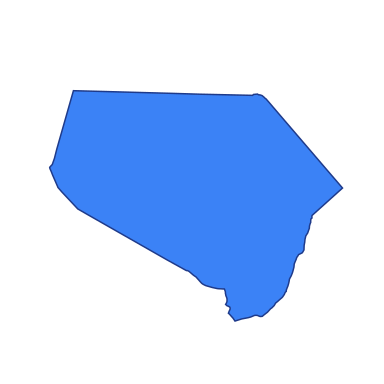 the district of Budalangi, Western, Kenya, rotated 106°
{"feature_id": "3690345B63864240127702", "entity_name": "Budalangi", "entity_type": "district", "adm_level": 2, "iso_a3": "KEN", "parent_name": "Kenya", "parent_adm1": "Western", "projection": "robinson", "projection_center": [34.038, 0.077], "detail": "fine", "context": "isolated", "style": "filled", "palette": "blue", "viewbox_px": 384, "rotation_deg": 106, "n_neighbors": 0, "source": "geoboundaries", "source_scale": "gbopen_adm2", "svg_char_len": 1779}
<svg xmlns="http://www.w3.org/2000/svg" viewBox="0 0 384 384"><g transform="rotate(106 192 192)"><path d="M304.2,115.1L300.3,109.2L297.2,103.1L295.9,101.0L293.4,97.9L292.9,96.6L292.6,95.1L292.8,93.7L292.9,92.2L292.5,91.0L292.1,90.1L290.8,89.3L286.7,86.3L282.6,84.3L281.4,83.3L278.5,81.7L275.7,81.0L273.6,79.5L271.8,78.4L270.1,77.3L269.1,76.6L268.0,76.0L266.5,75.5L265.0,75.0L263.9,74.9L262.7,74.7L261.5,74.0L260.5,74.3L258.6,74.2L255.9,73.9L253.9,73.9L251.5,74.0L248.8,74.3L245.1,73.5L241.8,73.2L239.7,73.2L236.1,73.3L233.0,73.9L230.2,73.6L227.9,73.3L226.2,73.3L224.2,72.6L222.8,72.3L221.5,70.8L220.0,69.2L218.1,68.7L216.8,68.4L212.4,69.5L209.1,69.8L206.6,70.3L202.8,70.5L199.5,69.5L197.2,69.4L194.6,69.2L192.3,69.7L190.0,69.7L188.5,69.5L187.1,69.9L185.3,70.3L183.9,69.5L182.6,70.0L181.4,70.1L146.7,48.4L133.5,68.5L93.9,128.6L83.2,144.8L82.1,146.5L81.7,147.7L81.1,148.7L80.0,151.2L79.9,153.1L80.2,155.0L79.8,156.0L81.3,159.8L82.4,160.4L95.8,211.3L102.9,239.2L119.5,303.7L127.3,333.9L188.2,333.8L197.6,333.5L204.1,333.9L205.6,334.7L207.5,335.6L208.7,335.0L210.0,333.9L211.2,332.9L212.5,331.9L214.1,330.7L221.6,324.5L222.6,323.7L223.4,323.0L224.6,322.1L227.9,317.0L232.5,309.3L239.8,297.1L242.4,286.5L249.1,259.0L264.1,197.4L269.1,175.7L268.8,174.7L269.1,173.1L269.9,171.3L271.4,168.1L272.0,166.5L272.5,164.8L276.2,159.0L277.1,157.5L277.6,156.1L278.0,154.2L278.2,152.9L278.2,149.7L278.2,147.9L278.2,146.2L278.0,143.1L277.9,141.2L277.6,139.5L277.1,137.5L276.7,135.6L276.3,134.1L278.9,132.3L279.9,132.1L281.2,131.4L282.4,130.8L283.6,129.8L285.0,128.9L287.5,128.2L289.3,128.3L290.8,128.7L291.7,127.0L291.8,125.6L292.2,124.0L293.1,123.3L294.3,123.1L296.2,123.4L298.5,123.6L299.1,122.3L301.1,119.2L301.9,117.9L304.2,115.1Z" fill="#3b82f6" stroke="#1e3a8a" stroke-width="1.5"/></g></svg>